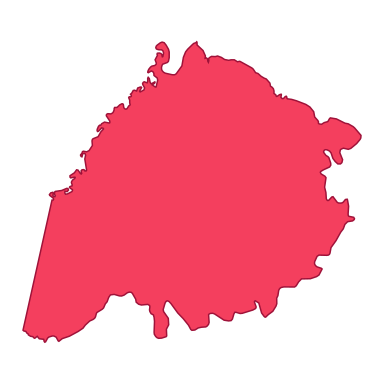 Chitré, Herrera, Panama
{"feature_id": "35544464B26445161390898", "entity_name": "Chitré", "entity_type": "district", "adm_level": 2, "iso_a3": "PAN", "parent_name": "Panama", "parent_adm1": "Herrera", "projection": "natural_earth1", "projection_center": [-80.453, 7.98], "detail": "fine", "context": "isolated", "style": "filled", "palette": "rose", "viewbox_px": 384, "rotation_deg": 0, "n_neighbors": 0, "source": "geoboundaries", "source_scale": "gbopen_adm2", "svg_char_len": 5863}
<svg xmlns="http://www.w3.org/2000/svg" viewBox="0 0 384 384"><path d="M84.8,159.0L86.6,170.1L86.3,170.8L85.0,171.0L84.4,170.0L83.5,169.6L82.0,169.8L81.1,170.9L81.7,173.5L81.2,174.0L80.4,173.5L78.0,170.1L76.6,169.8L74.4,172.8L70.0,175.7L70.0,177.1L70.7,177.9L74.1,177.2L75.0,177.2L75.2,177.6L74.6,178.6L72.6,180.0L71.6,181.6L71.4,182.7L72.1,184.5L72.1,185.8L69.9,186.6L69.5,187.2L70.2,188.2L72.4,189.6L72.5,190.4L71.9,191.6L67.5,193.9L65.5,194.2L64.8,192.9L64.9,191.3L67.2,191.6L68.5,190.0L68.0,188.6L66.9,188.3L61.6,190.5L55.3,191.4L54.6,192.1L54.5,193.1L54.5,194.2L55.3,195.8L54.8,196.7L53.8,196.5L52.9,195.5L53.3,193.1L52.8,192.3L50.7,192.9L49.4,194.6L49.7,195.4L53.2,198.1L53.6,199.3L52.9,200.2L52.0,200.1L23.0,330.2L23.9,331.0L25.8,331.4L26.9,333.1L28.1,333.9L28.4,334.9L30.6,336.3L32.7,336.6L34.3,338.2L35.0,338.1L37.2,336.3L39.3,338.8L43.7,339.3L44.2,341.5L44.8,342.2L45.6,341.8L47.7,338.0L49.0,337.0L52.3,336.0L53.8,336.0L56.2,337.2L58.2,340.9L58.9,341.3L62.3,338.6L69.4,336.2L78.1,331.5L83.0,328.2L85.3,325.1L89.7,321.0L93.0,319.5L94.6,318.3L95.5,316.8L96.3,313.7L96.9,312.5L102.3,309.2L103.6,307.9L105.3,303.9L107.1,301.8L108.7,297.4L110.4,294.9L114.2,294.4L119.4,295.9L121.6,296.0L124.1,295.1L127.4,292.7L129.4,292.1L131.2,292.3L132.4,293.4L135.7,299.2L136.2,302.2L138.6,304.2L141.4,305.0L147.8,304.4L149.6,305.5L149.9,306.8L149.5,309.9L149.9,311.6L151.1,313.7L153.4,314.9L154.1,317.4L154.5,321.3L154.1,332.2L154.3,334.2L155.7,336.5L157.2,337.8L158.7,338.3L161.7,338.1L166.1,336.7L166.7,335.9L166.4,329.2L168.7,324.8L168.3,318.3L163.6,311.6L163.2,309.5L165.0,303.3L166.0,301.5L167.2,300.8L168.9,301.4L170.9,303.5L177.8,313.0L183.2,318.6L188.5,325.2L190.8,329.5L191.9,330.3L194.9,330.0L198.3,327.9L201.6,327.2L205.8,326.9L207.1,326.1L208.5,324.4L209.1,322.4L208.6,314.7L209.3,313.9L210.5,313.4L212.8,313.3L214.5,313.9L224.1,320.2L228.6,320.9L231.1,320.6L232.4,319.1L233.9,313.9L234.8,312.3L236.0,312.3L240.1,313.5L242.3,313.3L252.9,310.0L255.3,308.7L256.0,307.8L256.1,306.8L254.4,301.9L254.6,301.2L255.3,300.8L258.8,303.0L261.6,313.0L264.1,316.4L265.0,317.1L265.7,317.1L268.3,314.6L272.8,311.3L276.0,306.1L276.8,303.7L276.7,298.1L277.9,295.7L278.7,290.4L279.4,289.0L280.3,288.0L281.5,287.4L284.0,286.9L294.6,287.0L296.2,285.8L298.6,281.9L301.5,278.9L310.4,278.7L316.6,276.6L319.0,275.0L322.1,269.0L321.4,268.3L317.1,266.9L315.6,265.7L314.7,264.3L314.5,263.1L314.7,261.6L317.1,256.3L319.0,255.1L326.7,255.3L328.3,255.1L329.4,254.4L330.0,253.1L331.0,247.6L335.9,240.8L340.7,232.2L343.3,228.8L344.9,224.4L347.6,221.7L352.6,220.9L354.2,219.6L354.5,218.7L353.7,217.3L348.9,216.3L348.3,215.6L348.1,214.1L348.6,206.2L347.5,199.9L347.2,199.2L345.4,199.5L343.2,202.2L342.0,202.9L340.7,203.1L338.5,203.0L337.2,202.3L333.0,196.7L331.8,197.0L328.6,200.4L327.7,200.5L326.8,199.8L326.3,198.7L325.9,192.5L324.6,187.2L326.0,177.7L324.9,176.2L321.1,173.9L320.3,172.3L320.7,171.5L323.5,169.8L329.6,167.0L330.8,165.1L330.7,163.1L328.9,157.7L327.9,156.6L325.9,155.4L323.7,152.4L323.6,151.6L324.3,150.2L325.2,149.7L327.0,149.8L329.6,151.1L331.1,153.0L332.9,158.4L335.2,161.5L337.8,163.9L340.5,163.9L341.9,162.6L342.6,159.7L339.8,152.7L340.3,150.0L341.2,149.1L343.4,148.2L348.3,149.3L350.8,148.4L356.6,143.6L360.1,139.4L360.8,138.0L361.0,135.4L354.6,127.9L353.1,126.6L348.2,123.8L345.0,123.2L336.4,118.9L330.4,117.9L329.6,118.5L327.8,121.6L324.2,122.6L321.5,124.3L319.1,123.9L318.4,123.2L318.5,121.9L317.9,120.6L314.7,117.0L313.7,111.7L309.9,107.0L305.8,104.4L296.5,100.8L291.7,99.4L287.3,98.8L287.0,98.4L286.7,96.8L286.2,96.2L285.2,96.6L283.5,98.5L282.2,98.6L280.9,97.3L281.4,94.8L281.1,94.2L279.5,94.7L277.2,96.3L276.4,96.4L275.7,94.7L274.0,93.5L274.0,91.0L273.4,88.8L272.2,87.3L270.5,86.2L269.9,83.1L266.3,79.0L264.1,78.1L261.1,76.3L258.0,73.5L255.6,72.7L253.2,69.1L251.8,67.9L240.2,61.5L239.5,61.3L237.5,61.8L234.3,59.8L231.1,59.8L228.7,60.3L224.6,59.5L221.4,57.4L217.6,56.0L215.2,56.6L211.5,56.4L209.3,57.7L208.6,58.7L208.8,60.8L208.4,62.3L207.8,61.3L207.7,59.8L207.2,58.5L206.3,57.9L205.1,58.3L205.4,55.9L203.0,50.5L197.1,45.0L197.0,42.2L196.7,41.8L195.9,42.7L193.8,43.4L192.6,44.4L187.7,49.2L185.6,51.9L183.4,57.3L181.9,65.9L176.3,73.7L175.0,74.6L174.0,74.8L172.1,74.7L165.3,73.2L163.5,72.2L162.2,70.7L161.6,69.4L161.5,67.4L162.0,65.4L162.7,64.2L167.3,62.5L168.4,61.4L169.2,57.7L169.2,52.0L168.5,49.3L166.1,45.1L164.2,42.7L162.1,42.1L160.3,42.8L157.2,45.1L156.2,46.2L155.8,47.7L156.2,48.7L157.0,49.3L159.1,49.8L161.6,49.8L162.9,50.8L163.6,53.0L163.0,56.1L162.6,56.8L162.3,56.8L161.8,54.4L160.9,53.5L159.3,53.0L157.4,53.2L157.0,54.1L157.4,55.1L157.3,55.6L155.1,59.8L156.3,63.0L156.1,64.4L154.7,65.5L151.9,66.1L150.5,67.1L148.8,69.2L147.9,71.2L147.8,72.4L148.3,72.7L151.3,71.0L152.8,71.6L153.8,73.2L154.0,75.5L157.2,78.0L157.7,80.1L156.1,86.9L155.3,87.0L152.2,84.9L154.5,83.4L155.0,82.6L154.8,81.9L151.9,83.5L150.8,83.5L150.1,82.3L149.3,78.5L148.2,77.3L147.7,78.2L147.7,81.5L147.1,82.8L144.2,81.8L143.3,82.3L142.6,83.4L142.8,84.6L144.6,87.9L143.9,90.0L140.3,91.9L139.9,91.8L139.6,91.1L141.6,87.6L141.1,87.0L140.1,87.1L137.7,88.0L136.6,91.0L134.4,90.2L133.2,90.5L131.7,93.2L130.5,94.2L131.3,95.2L131.3,96.2L130.7,96.8L129.2,96.8L128.7,97.7L129.7,100.2L129.7,102.9L130.2,104.8L128.8,105.9L127.0,108.7L125.8,109.2L124.5,108.6L123.8,107.6L123.3,104.4L122.7,103.8L121.8,103.8L119.7,104.9L117.1,107.4L114.6,107.5L114.2,108.4L114.1,110.1L113.1,112.4L112.4,113.1L110.8,113.9L107.8,113.7L106.9,114.1L106.3,115.0L106.4,115.9L109.8,121.1L109.8,122.7L109.2,123.0L104.5,122.1L101.7,123.7L100.7,125.2L99.6,125.2L98.5,126.3L97.2,129.3L97.1,130.6L97.5,131.5L98.4,131.3L101.7,127.9L103.4,128.4L103.5,129.0L100.9,131.8L98.1,136.7L93.1,138.7L92.4,139.4L92.0,140.9L92.4,145.5L89.1,150.6L86.6,151.8L83.5,151.2L82.5,151.6L81.9,153.3L80.6,154.8L80.6,155.7L81.4,156.7L82.0,156.8L82.8,153.8L84.1,153.3L85.2,153.9L85.6,155.2L84.8,159.0Z" fill="#f43f5e" stroke="#9f1239" stroke-width="1.5"/></svg>